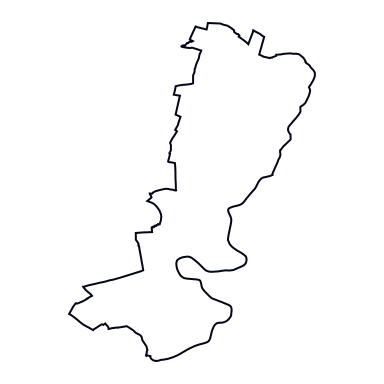 outline of Bogata, Mures, Romania
{"feature_id": "2599482B98155528688237", "entity_name": "Bogata", "entity_type": "district", "adm_level": 2, "iso_a3": "ROU", "parent_name": "Romania", "parent_adm1": "Mures", "projection": "albers", "projection_center": [24.128, 46.48], "detail": "fine", "context": "isolated", "style": "outline", "palette": "ink", "viewbox_px": 384, "rotation_deg": 0, "n_neighbors": 0, "source": "geoboundaries", "source_scale": "gbopen_adm2", "svg_char_len": 5924}
<svg xmlns="http://www.w3.org/2000/svg" viewBox="0 0 384 384"><path d="M220.3,322.7L221.9,322.7L224.3,322.1L226.5,321.1L228.7,319.2L230.4,317.0L231.1,315.3L231.6,310.5L231.5,308.5L231.1,307.1L230.3,306.0L229.0,305.1L221.8,302.1L213.1,298.8L211.3,297.9L209.5,296.3L205.2,291.9L203.4,289.8L202.2,288.0L201.7,286.7L201.3,284.3L200.6,281.7L200.1,280.7L199.4,280.1L197.2,279.5L186.6,278.6L183.8,278.0L183.0,277.5L181.8,276.6L180.4,275.4L179.1,273.2L177.6,270.3L177.0,268.5L176.5,266.0L176.3,263.1L177.0,260.5L178.4,259.2L180.4,258.0L183.0,257.2L186.4,256.7L188.8,256.7L191.3,257.6L193.9,259.5L197.7,262.6L204.3,269.1L205.7,270.3L207.1,271.0L209.6,271.7L211.7,271.8L218.3,271.4L221.9,270.8L225.2,270.4L229.9,270.5L233.4,270.0L242.2,266.2L244.2,264.9L245.2,264.0L245.8,263.0L246.5,260.6L246.5,259.1L246.4,257.9L246.1,256.9L245.6,256.2L244.0,254.8L241.3,252.9L236.3,250.0L232.6,247.3L230.9,245.6L229.7,244.1L229.0,242.6L228.0,239.9L228.0,238.6L228.7,234.2L230.7,224.6L231.1,222.3L231.3,220.5L231.2,218.8L230.7,217.0L228.5,212.1L228.1,210.0L228.3,209.3L228.6,208.8L229.1,208.3L230.2,207.7L232.3,206.9L234.0,206.4L236.7,205.8L239.5,205.0L241.6,204.0L242.9,203.0L244.7,200.9L246.6,198.3L250.8,193.3L254.8,188.8L256.0,187.0L257.9,183.1L258.5,181.9L260.4,179.4L261.6,178.4L262.9,177.6L267.1,176.7L270.3,175.9L271.9,175.1L272.6,174.9L272.5,173.5L273.7,170.9L275.0,167.8L277.6,162.1L278.3,159.9L279.9,157.0L280.2,155.6L280.4,154.7L280.4,154.1L280.3,153.5L280.1,152.4L280.1,150.3L280.5,150.1L283.3,146.4L286.1,143.8L290.5,139.6L290.6,138.8L290.5,134.3L289.9,134.1L288.2,130.8L288.1,130.1L288.0,129.5L288.1,128.8L288.6,126.7L293.4,121.0L296.0,118.1L298.1,115.4L299.6,113.2L300.5,111.6L300.3,107.8L300.4,107.2L300.5,106.7L302.9,105.2L303.9,104.4L305.5,102.7L307.5,98.6L308.6,96.3L309.3,94.3L309.7,93.0L310.0,91.4L310.1,90.3L309.9,89.4L308.9,87.2L311.5,83.3L313.1,80.5L314.1,78.3L314.9,75.8L314.8,72.5L313.1,69.8L312.4,69.2L310.4,67.0L309.9,66.0L309.5,65.4L306.0,62.8L305.5,62.3L305.6,61.9L305.7,61.7L305.7,61.4L305.1,60.8L305.0,60.3L303.7,58.2L303.2,57.7L300.5,55.3L298.6,54.1L298.3,54.0L297.1,54.0L296.2,53.6L294.7,53.8L293.1,53.8L292.4,53.6L290.0,53.4L286.4,53.6L282.7,54.0L281.8,54.2L281.3,54.4L279.0,54.6L276.2,54.7L276.1,55.4L276.2,55.6L276.2,55.8L275.8,56.0L275.2,56.2L274.8,56.4L272.1,57.4L271.9,57.7L271.4,57.6L270.2,57.8L269.9,58.1L263.2,56.6L263.2,56.4L259.2,54.6L264.2,36.8L262.0,35.6L260.4,34.2L259.2,33.5L254.9,31.3L253.3,30.3L252.7,32.7L250.3,38.8L248.3,44.2L246.8,42.7L243.9,40.4L241.5,38.6L238.7,36.6L239.4,35.5L238.2,34.2L237.9,34.1L236.7,33.9L234.6,32.4L234.2,32.0L234.1,31.7L234.2,30.9L234.1,30.4L233.6,29.9L232.3,29.0L232.1,28.6L231.7,28.3L231.2,28.1L230.1,27.3L228.7,26.4L227.0,25.5L226.5,25.5L223.8,24.8L222.5,24.4L221.0,23.7L219.7,23.5L207.9,23.0L207.4,25.7L206.6,29.5L198.2,27.4L195.6,26.5L189.8,39.2L191.3,40.4L192.8,41.1L191.4,41.9L191.1,41.9L190.2,41.5L189.7,41.5L189.3,41.7L189.0,42.3L188.4,43.0L187.2,43.0L185.1,45.4L184.3,45.3L183.8,45.9L183.0,45.4L182.5,45.8L182.0,45.8L181.4,46.3L181.6,46.7L183.1,47.1L186.7,47.7L189.3,48.0L190.1,48.0L191.2,47.8L192.5,47.8L201.2,50.5L200.8,51.9L200.0,53.4L199.5,54.6L198.8,58.1L198.6,58.8L197.8,60.6L196.9,62.5L196.6,63.3L195.9,65.3L195.2,68.0L194.6,69.2L194.6,69.7L194.7,70.1L194.6,71.6L194.3,72.7L193.2,75.2L193.1,76.2L193.1,83.3L191.3,83.9L189.6,84.2L184.3,84.8L184.1,84.7L179.2,85.4L175.7,86.2L175.0,90.0L173.8,94.7L179.9,95.7L175.6,114.6L180.5,116.8L178.3,123.3L177.8,125.2L175.2,129.9L177.0,131.3L174.1,136.0L172.9,137.6L172.3,138.6L170.5,141.9L170.2,142.5L170.2,143.5L170.8,144.6L171.0,145.7L170.9,147.1L170.9,149.3L170.7,150.7L170.1,151.9L169.4,153.1L169.4,153.4L169.6,153.7L170.0,153.9L169.1,157.8L168.5,159.8L168.3,160.8L168.1,161.4L168.1,161.6L168.9,162.1L172.3,162.5L174.9,163.1L175.2,166.4L175.4,170.6L175.5,178.6L175.8,184.5L175.9,189.5L176.1,190.4L175.2,190.5L173.8,190.1L172.5,189.6L170.3,189.5L168.7,189.0L165.4,188.8L161.1,189.7L155.8,191.1L153.3,192.3L152.9,192.8L152.7,193.3L152.2,193.6L149.8,193.5L149.9,194.4L150.4,194.7L151.1,196.3L151.5,197.5L147.3,201.0L151.9,202.8L154.0,204.0L155.7,205.5L156.6,206.5L159.4,210.4L161.0,214.3L161.3,216.8L160.8,220.7L159.6,224.4L158.1,224.1L158.0,224.8L156.6,225.0L156.3,225.9L154.7,225.8L154.6,226.2L154.2,226.3L154.2,226.8L152.5,226.9L152.5,227.8L151.7,227.8L152.1,232.1L146.7,232.3L146.1,232.3L143.5,232.4L138.0,232.8L136.5,232.9L136.5,233.0L135.8,233.0L135.9,239.8L137.6,242.2L138.4,243.5L138.6,244.8L138.4,245.0L138.9,246.0L138.7,246.1L139.1,246.6L139.5,249.5L140.8,256.3L142.0,263.4L142.5,265.7L143.2,270.3L141.3,271.1L138.8,271.9L120.5,277.6L115.9,278.9L112.6,279.8L109.7,280.3L107.3,281.0L106.8,281.2L101.8,282.4L100.3,282.6L95.4,283.8L88.1,285.4L83.8,286.8L83.3,286.8L83.9,287.8L84.8,289.0L86.9,291.1L89.6,293.3L90.7,294.3L92.0,295.8L87.0,298.6L87.2,298.8L83.6,300.9L77.8,303.4L76.4,303.6L76.0,303.2L75.0,304.1L74.3,305.2L72.8,307.2L72.4,308.1L69.1,314.0L70.3,314.5L73.9,317.1L76.4,319.0L80.3,322.3L83.3,324.6L85.9,326.1L89.0,327.7L93.1,330.1L93.6,329.5L101.4,324.5L101.9,324.4L102.3,324.4L102.9,324.7L103.3,324.9L105.3,323.5L106.2,324.7L107.9,326.5L108.3,327.5L108.6,329.0L110.5,328.5L112.5,328.1L117.2,327.5L117.5,327.7L123.9,326.7L126.4,326.2L127.1,326.4L130.2,328.3L133.6,330.6L134.1,331.1L134.5,331.6L135.2,332.3L135.8,332.8L137.6,333.8L139.5,334.7L140.9,335.8L141.7,337.2L142.4,340.3L142.6,340.6L146.5,346.4L146.6,347.2L147.3,349.5L147.4,350.4L146.8,351.3L146.8,352.7L146.6,353.5L146.3,354.2L146.0,355.4L146.1,355.6L146.5,356.0L146.8,355.8L147.2,355.3L147.9,355.6L148.6,355.7L148.8,355.8L150.4,356.1L150.4,357.5L151.1,358.6L152.1,359.5L153.6,360.5L154.5,360.7L156.3,361.0L159.2,360.5L160.8,359.9L163.9,359.6L168.4,358.7L173.3,357.1L178.1,355.0L186.0,350.4L190.4,348.0L195.6,345.7L199.6,344.4L202.4,343.7L205.4,342.8L207.3,342.1L208.6,341.2L209.4,340.0L210.1,338.7L211.8,331.5L212.3,329.9L213.9,326.2L214.6,325.2L216.6,323.3L218.1,322.9L220.3,322.7Z" fill="none" stroke="#020617" stroke-width="2"/></svg>